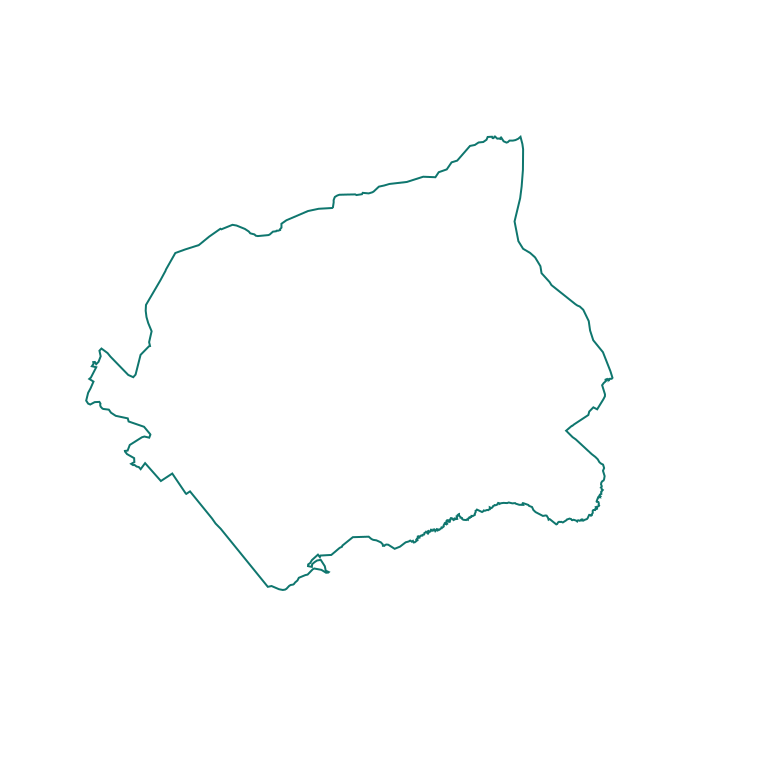 Gaiķu pag., Brocenu, Latvia, rotated 55°
{"feature_id": "27541924B40393158953955", "entity_name": "Gaiķu pag.", "entity_type": "district", "adm_level": 2, "iso_a3": "LVA", "parent_name": "Latvia", "parent_adm1": "Brocenu", "projection": "mercator", "projection_center": [22.579, 56.793], "detail": "fine", "context": "isolated", "style": "outline", "palette": "teal", "viewbox_px": 768, "rotation_deg": 55, "n_neighbors": 0, "source": "geoboundaries", "source_scale": "gbopen_adm2", "svg_char_len": 6165}
<svg xmlns="http://www.w3.org/2000/svg" viewBox="0 0 768 768"><g transform="rotate(55 384 384)"><path d="M238.3,177.0L243.0,195.9L241.2,201.5L244.2,209.5L241.9,217.7L244.1,223.3L236.7,233.0L231.6,249.4L223.2,264.9L221.5,270.0L219.4,275.0L220.4,282.0L220.3,283.5L219.1,287.2L215.2,291.8L215.9,293.2L213.4,298.2L212.2,298.8L207.1,306.4L203.4,312.0L202.8,314.1L202.6,316.9L202.9,317.5L204.5,319.8L206.3,321.0L210.4,324.9L210.1,324.8L210.1,325.5L203.0,337.0L198.7,347.1L193.9,370.0L193.9,376.1L197.1,378.3L197.6,380.4L198.3,380.8L197.6,383.1L197.0,383.6L196.8,384.2L197.0,384.8L195.5,387.6L196.0,391.9L195.7,393.3L190.4,402.6L188.9,404.0L187.2,404.3L183.9,407.1L181.5,407.3L177.2,409.0L169.6,413.9L166.7,416.8L164.0,428.5L163.0,429.0L163.0,442.7L164.0,456.0L159.7,469.8L157.0,479.8L165.2,497.0L166.0,498.1L170.9,507.9L182.7,533.6L187.3,537.2L193.0,540.2L198.9,542.2L207.5,544.1L215.0,552.4L218.7,553.9L218.3,554.9L220.5,566.7L233.8,582.1L234.6,585.5L229.9,588.3L204.6,592.4L200.1,592.7L192.9,595.1L193.5,598.0L198.8,600.2L202.1,605.1L202.7,608.4L200.1,608.2L199.3,609.6L200.8,610.3L201.9,613.1L205.2,610.1L210.6,620.4L210.8,622.5L215.4,620.6L219.2,626.8L221.5,631.4L226.8,637.5L230.4,637.6L232.3,636.4L232.9,631.4L235.4,627.4L237.4,627.5L238.5,628.6L240.1,629.1L242.4,628.8L243.4,628.3L247.2,624.1L250.9,624.1L256.2,622.0L265.2,613.6L268.2,614.7L281.4,605.1L291.0,604.3L291.5,604.4L293.3,607.1L289.6,610.4L288.8,612.8L288.1,627.2L291.5,632.2L290.2,634.6L290.8,634.9L294.1,634.7L301.4,631.2L304.8,633.3L304.4,636.9L306.5,636.1L307.2,634.8L309.7,634.0L311.4,632.5L314.2,632.2L311.8,625.1L335.5,622.4L335.9,608.8L360.0,609.2L360.6,609.0L360.7,604.5L395.5,602.0L401.7,602.0L408.9,600.8L483.5,595.5L485.0,592.0L491.9,587.7L494.7,585.0L495.7,582.9L495.8,581.3L495.0,577.5L495.1,575.8L496.2,573.4L496.2,572.5L495.6,570.7L495.3,567.6L493.9,564.9L495.4,558.1L496.3,555.9L494.9,548.6L495.1,547.0L500.3,541.9L505.4,539.7L506.5,537.8L506.4,537.1L503.5,538.8L499.3,537.0L491.8,536.7L490.2,540.0L490.1,543.0L490.4,546.2L492.4,548.0L489.6,550.7L488.3,549.6L488.3,547.1L486.9,544.1L485.9,536.0L489.0,535.8L488.1,534.4L493.8,525.2L492.8,514.3L493.2,511.7L492.5,510.8L491.6,497.4L500.3,484.1L503.8,483.2L505.5,482.2L507.7,479.9L511.9,477.4L514.7,477.0L515.9,477.7L516.8,476.5L516.5,475.5L516.8,474.2L518.1,472.7L525.1,469.8L526.4,464.2L526.1,457.1L527.2,454.0L527.2,452.7L527.4,452.2L529.1,451.7L529.1,450.3L530.8,450.6L531.3,449.6L531.2,447.4L530.5,447.1L531.1,446.1L530.4,445.7L529.8,446.2L529.6,445.7L529.6,444.4L530.0,443.5L529.4,443.5L528.9,444.3L528.3,443.8L528.5,443.1L529.8,442.6L529.4,441.6L529.6,441.3L529.4,440.5L530.2,439.5L529.7,438.9L530.3,437.4L529.2,436.3L529.4,434.9L529.2,434.4L531.8,433.8L531.6,433.2L529.8,432.5L529.8,431.9L531.3,431.4L531.4,430.6L530.3,429.1L530.7,428.7L531.6,428.9L532.2,428.2L532.1,427.6L532.4,426.9L531.7,426.7L532.0,426.1L533.9,426.4L533.5,424.9L534.8,424.2L534.8,423.8L533.7,423.5L535.2,422.2L534.9,420.4L535.2,419.7L534.6,419.1L535.1,418.8L535.0,416.8L534.1,416.4L533.2,414.6L534.0,414.0L534.3,413.2L534.8,413.2L534.8,412.4L533.3,412.2L532.8,412.6L532.8,411.5L532.4,410.8L531.9,410.9L531.8,410.3L532.5,409.8L532.7,409.2L533.6,409.8L534.3,409.8L534.6,409.1L532.9,407.5L532.2,406.2L532.8,405.4L534.1,405.6L534.4,404.9L535.4,404.9L535.4,404.1L534.6,403.4L534.7,403.0L535.7,403.0L536.5,401.4L534.1,400.4L534.4,399.8L533.7,399.2L533.5,397.6L533.6,397.2L534.7,398.0L537.0,397.6L537.4,398.0L538.5,397.0L539.4,397.4L540.7,396.9L542.6,394.7L542.5,393.8L543.4,393.2L542.5,392.3L542.7,391.4L542.3,390.9L542.8,390.3L542.4,389.9L543.0,388.8L542.2,388.0L543.1,386.9L543.3,384.6L542.3,384.0L541.6,382.5L540.4,381.7L540.5,380.7L540.2,379.9L545.1,377.1L545.2,375.8L544.8,374.8L545.7,374.1L546.3,371.8L547.1,371.0L547.0,370.2L547.3,369.1L545.7,368.1L547.2,367.3L547.3,366.7L546.9,365.0L546.6,364.7L546.8,364.0L546.6,362.9L547.3,362.2L547.7,360.5L546.9,358.7L548.1,357.7L548.5,358.0L548.8,356.5L550.0,354.2L552.2,351.4L552.6,349.8L555.4,347.3L556.8,344.9L557.6,344.7L560.5,342.5L562.8,339.4L561.5,339.2L561.2,338.7L561.6,338.2L565.9,335.1L567.0,335.1L569.7,333.3L572.9,333.9L575.9,333.3L583.2,329.5L584.4,327.0L585.1,326.3L587.6,326.4L589.5,327.0L589.5,326.0L589.9,325.7L597.8,323.4L598.0,322.5L597.2,320.8L597.3,319.6L598.1,318.9L598.5,317.9L600.0,316.9L600.2,312.6L599.9,312.0L600.7,309.2L602.0,308.2L603.2,308.2L603.6,307.8L604.0,306.5L606.2,304.9L607.4,304.6L606.9,303.6L607.1,303.0L608.4,302.0L608.2,300.0L608.7,299.3L609.5,300.0L610.3,299.0L610.3,297.8L611.0,295.3L610.8,294.3L608.9,291.0L609.5,290.2L610.6,290.0L610.7,289.0L609.9,288.3L609.3,286.9L607.6,285.8L607.3,284.8L608.3,283.4L607.6,282.6L608.1,282.2L608.4,281.0L607.6,280.5L606.9,281.2L606.3,281.1L607.2,278.3L606.9,277.4L605.8,277.3L604.9,276.4L603.6,276.1L602.5,277.3L602.1,277.2L599.8,273.8L600.2,273.6L600.2,273.1L599.6,272.6L600.6,271.9L600.1,271.7L600.1,271.2L599.3,271.5L598.6,270.9L598.4,269.9L598.7,269.0L597.0,268.1L596.8,267.8L597.0,267.5L596.6,266.9L596.3,265.6L595.1,266.0L593.6,265.3L593.2,265.6L592.6,264.2L590.7,263.8L589.4,262.5L588.8,260.8L589.0,259.6L588.3,258.4L586.0,256.1L580.7,254.4L579.1,251.9L575.7,250.8L573.6,251.9L571.5,252.4L568.3,252.1L565.0,252.7L560.5,254.1L539.3,258.7L535.7,260.0L526.7,261.6L526.0,254.2L526.3,253.8L526.1,251.6L526.6,234.4L524.3,231.7L523.2,225.9L527.0,223.9L522.4,213.2L520.8,210.1L519.2,208.9L510.1,206.0L509.2,203.4L509.0,201.5L508.6,200.8L508.7,200.5L507.5,200.0L507.8,198.7L508.2,198.9L508.4,198.3L508.7,198.4L508.9,197.4L509.4,197.7L509.3,197.4L509.8,197.2L509.2,196.2L510.3,194.5L510.0,193.3L503.4,191.2L483.5,186.4L468.2,187.5L458.4,184.5L449.9,180.2L437.5,178.2L432.8,179.2L430.6,180.6L428.2,181.5L399.1,190.1L395.4,189.9L383.6,191.4L377.2,188.3L367.0,187.6L360.5,189.1L353.0,192.5L344.1,192.0L325.7,183.8L309.9,165.9L301.2,158.0L288.3,147.4L271.5,135.4L266.8,133.0L259.8,130.4L260.1,133.3L259.6,136.4L258.5,138.9L256.6,141.6L256.9,143.9L256.5,145.2L253.8,146.8L249.2,146.6L249.1,146.8L249.2,147.3L250.0,148.1L248.8,149.1L248.0,150.5L244.9,151.1L244.7,151.5L245.3,152.7L245.2,153.7L244.8,154.0L243.4,153.7L241.1,157.4L242.7,159.9L242.7,163.9L240.4,168.0L240.3,172.5L238.3,177.0Z" fill="none" stroke="#0f766e" stroke-width="2"/></g></svg>